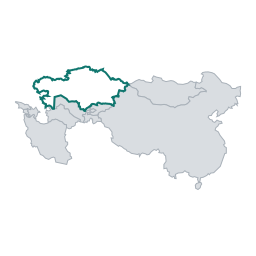 Kazakhstan highlighted among its neighbors
{"feature_id": "KAZ", "entity_name": "Kazakhstan", "entity_type": "country or territory", "adm_level": 0, "iso_a3": "KAZ", "parent_name": "Asia", "parent_adm1": "", "projection": "equal_earth", "projection_center": [65.802, 47.999], "detail": "fine", "context": "with_neighbors", "style": "outline", "palette": "teal", "viewbox_px": 256, "rotation_deg": 0, "n_neighbors": 10, "source": "natural_earth", "source_scale": "50m", "svg_char_len": 12399}
<svg xmlns="http://www.w3.org/2000/svg" viewBox="0 0 256 256"><path d="M54.0,108.8L54.5,97.0L60.8,95.2L66.8,98.9L69.1,101.7L76.1,101.0L79.0,103.3L78.8,106.6L80.0,106.6L80.5,109.2L83.7,109.3L84.4,110.9L85.3,110.8L86.3,108.5L90.9,105.7L91.7,106.0L89.7,108.1L91.5,109.3L93.2,108.5L96.2,110.2L93.1,112.5L90.2,112.3L89.8,111.4L90.3,109.9L87.0,110.7L85.1,114.6L83.0,114.4L82.4,115.8L84.2,116.6L84.8,119.1L83.4,122.5L80.1,121.7L80.2,119.7L74.2,116.7L69.7,112.9L68.6,109.5L67.8,108.9L65.1,109.1L64.2,108.4L64.0,105.8L60.7,104.1L58.6,106.0L56.4,107.1L56.8,108.7L54.0,108.8Z" fill="#d9dde1" stroke="#a8b0b8" stroke-width="1"/><path d="M129.4,83.9L131.8,83.4L135.8,80.9L139.1,79.5L141.3,80.4L143.7,80.4L145.5,81.8L151.3,82.7L153.2,80.6L151.9,78.9L153.6,75.9L156.4,77.1L161.4,78.2L162.4,80.3L166.0,81.6L170.9,80.6L173.3,81.0L175.9,82.5L177.7,84.0L183.0,84.4L187.8,83.2L190.6,81.1L192.1,81.4L193.6,82.4L196.3,82.2L195.1,87.4L196.1,88.6L197.3,88.3L199.8,88.7L201.2,87.6L203.4,88.6L206.3,90.7L206.3,91.8L204.4,91.4L201.0,91.9L199.6,92.7L198.5,94.8L195.1,96.0L193.2,97.6L189.1,96.7L188.4,98.7L190.1,101.0L187.3,103.8L184.7,104.9L181.0,105.0L177.3,106.1L174.8,107.8L173.5,106.8L170.5,106.8L166.5,104.9L164.0,104.4L160.9,104.9L153.0,104.2L151.3,102.3L149.7,99.4L148.1,99.1L144.9,97.1L138.7,96.1L137.6,94.8L138.0,91.2L136.0,88.7L132.5,87.6L130.3,86.0L129.4,83.9Z" fill="#d9dde1" stroke="#a8b0b8" stroke-width="1"/><path d="M83.4,122.5L84.8,119.1L84.2,116.6L82.4,115.8L83.0,114.4L85.1,114.6L87.0,110.7L90.3,109.9L89.8,111.4L90.2,112.3L91.2,112.2L90.3,113.2L87.6,112.7L87.4,114.6L90.1,114.3L93.2,115.4L97.9,114.9L98.7,117.9L99.5,117.6L101.1,118.4L101.5,121.6L97.1,121.3L95.6,122.8L93.6,123.8L92.6,122.7L92.7,119.9L92.0,119.8L92.2,118.8L90.9,118.0L89.8,119.2L89.2,121.0L87.7,120.9L86.9,122.5L86.0,121.8L84.2,122.9L83.4,122.5Z" fill="#d9dde1" stroke="#a8b0b8" stroke-width="1"/><path d="M90.9,105.7L91.4,104.3L93.0,103.8L97.1,104.9L97.4,103.1L98.8,102.4L102.3,103.7L103.2,103.4L110.9,103.8L112.2,104.9L113.7,105.4L113.4,106.1L109.7,107.9L108.9,109.2L105.7,109.6L104.9,111.6L102.3,111.2L100.6,111.8L98.3,113.4L98.6,114.1L97.9,114.9L93.2,115.4L90.1,114.3L87.4,114.6L87.6,112.7L90.3,113.2L91.2,112.2L93.1,112.5L96.2,110.2L93.2,108.5L91.5,109.3L89.7,108.1L91.7,106.0L90.9,105.7Z" fill="#d9dde1" stroke="#a8b0b8" stroke-width="1"/><path d="M45.5,107.2L46.7,106.2L49.5,105.5L51.1,106.4L52.7,108.9L56.8,108.7L56.4,107.1L58.6,106.0L60.7,104.1L64.0,105.8L64.2,108.4L65.1,109.1L67.8,108.9L68.6,109.5L69.7,112.9L74.2,116.7L80.2,119.7L80.1,121.7L78.1,120.8L77.7,121.9L75.6,122.6L75.1,125.3L73.6,126.3L71.6,126.8L71.1,128.3L69.1,128.8L66.5,127.5L66.4,124.7L64.5,124.5L61.7,121.6L59.7,121.2L56.9,119.5L55.2,119.2L54.0,119.8L52.3,119.7L50.5,121.6L48.2,122.3L47.8,119.9L48.4,116.5L46.5,115.4L47.3,113.1L45.6,112.9L46.4,110.2L48.7,111.0L50.9,109.9L49.2,108.0L48.6,106.1L46.6,107.0L46.2,109.3L45.5,107.2Z" fill="#d9dde1" stroke="#a8b0b8" stroke-width="1"/><path d="M33.0,147.2L31.6,145.4L31.7,143.5L30.9,143.5L31.5,141.0L30.3,138.4L27.3,136.5L25.7,133.2L26.5,130.6L27.9,129.4L27.9,127.4L26.3,126.4L23.9,119.7L24.5,118.7L24.1,114.9L25.9,114.0L26.2,115.2L27.3,116.7L29.0,117.2L29.9,117.1L33.0,114.6L34.0,114.4L34.6,115.4L33.7,117.0L35.1,118.7L35.7,118.6L36.3,121.0L38.7,121.7L40.3,123.4L43.9,124.0L47.9,123.1L48.2,122.3L50.5,121.6L52.3,119.7L54.0,119.8L55.2,119.2L56.9,119.5L59.7,121.2L61.7,121.6L64.5,124.5L66.4,124.7L66.5,127.5L64.7,134.2L65.8,134.7L64.6,136.6L65.6,141.6L67.6,142.2L67.7,144.4L65.3,147.6L67.6,151.5L70.1,153.1L70.2,156.2L71.4,156.8L71.7,158.4L67.8,160.3L66.7,164.4L55.8,162.1L54.8,157.7L53.5,157.1L51.4,157.7L48.7,159.4L45.5,158.2L42.9,155.5L40.4,154.5L37.1,146.5L35.6,147.0L34.0,145.9L33.0,147.2Z" fill="#d9dde1" stroke="#a8b0b8" stroke-width="1"/><path d="M29.9,117.1L29.0,117.2L28.2,114.8L27.1,114.8L26.4,113.9L23.2,112.2L23.6,110.6L23.3,109.5L26.8,109.0L28.1,110.4L27.6,111.2L28.8,112.3L28.0,113.4L30.0,114.8L29.9,117.1Z" fill="#d9dde1" stroke="#a8b0b8" stroke-width="1"/><path d="M198.0,189.5L195.7,188.3L195.3,185.2L196.5,183.5L199.4,182.5L201.0,182.6L201.7,184.0L200.7,185.6L200.2,187.7L198.0,189.5ZM113.7,105.4L113.4,103.6L115.0,102.8L112.4,97.3L118.2,95.4L119.4,89.8L124.2,90.9L125.4,89.5L125.1,86.4L127.0,86.2L128.5,84.2L129.4,83.9L130.3,86.0L132.5,87.6L136.0,88.7L138.0,91.2L137.6,94.8L138.7,96.1L144.9,97.1L148.1,99.1L149.7,99.4L151.3,102.3L153.0,104.2L160.9,104.9L164.0,104.4L166.5,104.9L170.5,106.8L173.5,106.8L174.8,107.8L177.3,106.1L181.0,105.0L184.7,104.9L187.3,103.8L190.1,101.0L188.4,98.7L189.1,96.7L193.2,97.6L195.1,96.0L198.5,94.8L199.6,92.7L201.0,91.9L204.4,91.4L206.3,91.8L206.3,90.7L203.4,88.6L201.2,87.6L199.8,88.7L197.3,88.3L196.1,88.6L195.1,87.4L196.3,82.2L199.4,83.3L202.1,81.4L201.6,80.1L202.6,77.0L203.5,76.1L202.9,74.5L201.4,73.9L202.7,72.5L205.3,72.0L208.3,71.9L212.0,72.7L214.4,73.8L219.9,79.7L221.9,82.6L226.3,83.5L229.9,85.6L232.0,88.5L235.6,88.5L237.1,87.3L240.6,86.4L240.5,89.1L240.1,90.2L240.6,93.6L240.1,96.6L237.0,96.0L235.3,97.1L236.9,99.8L237.9,103.6L236.7,103.7L237.2,105.3L235.0,103.4L234.6,105.2L231.3,106.6L232.2,108.3L230.0,108.1L228.6,107.1L227.6,109.4L225.3,111.2L223.9,113.3L220.7,114.2L219.2,115.7L216.8,116.6L217.7,115.1L216.9,113.8L218.2,111.6L216.5,109.9L212.4,113.4L211.4,115.5L209.0,115.6L208.1,117.2L209.9,119.4L212.1,120.0L212.6,121.5L214.8,122.4L217.0,120.1L219.6,121.4L221.3,121.4L222.1,123.2L218.7,124.1L218.0,125.9L215.9,127.6L215.1,130.0L218.3,131.9L220.0,135.3L224.5,141.1L225.0,143.7L223.6,144.6L224.5,146.5L226.3,147.6L226.3,153.2L224.8,153.5L220.3,166.3L213.7,172.7L210.7,173.1L209.3,174.7L208.2,173.6L206.9,175.4L203.3,177.2L200.5,177.8L199.9,181.6L198.4,181.8L197.5,179.2L198.0,177.8L194.2,176.6L193.0,177.2L190.1,176.2L188.7,174.8L188.9,172.7L186.4,172.0L184.9,170.7L182.8,172.6L178.1,173.0L175.4,174.4L176.1,178.6L174.7,178.5L174.1,176.1L172.2,177.2L168.9,175.1L169.4,172.1L167.7,171.4L166.7,168.1L163.9,168.7L163.9,164.4L166.1,161.4L165.6,155.8L164.4,154.9L163.3,152.8L161.7,153.1L158.8,152.6L159.6,151.1L158.1,148.9L156.4,150.4L154.1,149.5L151.3,151.7L149.1,154.4L147.0,154.8L145.7,153.9L142.4,153.0L141.0,153.9L139.5,156.5L139.0,153.7L137.5,154.5L131.3,153.3L129.1,151.7L127.0,151.0L126.0,149.4L124.5,148.9L121.7,146.6L119.5,145.5L118.5,146.3L112.0,141.7L111.1,137.9L113.0,138.3L113.0,136.6L111.9,134.8L112.0,132.0L109.0,128.0L104.8,126.7L103.9,124.1L102.0,122.5L101.5,121.6L101.1,118.4L99.5,117.6L98.7,117.9L97.9,114.9L98.6,114.1L98.3,113.4L100.6,111.8L102.3,111.2L104.9,111.6L105.7,109.6L108.9,109.2L109.7,107.9L113.4,106.1L113.7,105.4Z" fill="#d9dde1" stroke="#a8b0b8" stroke-width="1"/><path d="M29.9,107.4L31.2,107.1L32.7,109.1L33.8,109.3L35.9,107.2L38.1,111.2L39.3,111.3L40.0,112.2L37.9,112.5L36.8,116.1L35.8,116.9L35.7,118.6L35.1,118.7L33.7,117.0L34.6,115.4L34.0,114.4L33.0,114.6L29.9,117.1L30.0,114.8L28.0,113.4L28.8,112.3L27.6,111.2L28.1,110.4L26.8,109.0L27.5,108.4L30.5,109.6L30.9,109.2L29.9,107.4ZM29.0,117.2L27.3,116.7L26.2,115.2L25.9,114.0L26.4,113.9L27.1,114.8L28.2,114.8L29.0,117.2Z" fill="#d9dde1" stroke="#a8b0b8" stroke-width="1"/><path d="M15.4,102.0L15.7,101.6L21.2,102.6L24.4,104.2L24.7,104.8L26.3,104.3L28.5,104.9L29.1,106.2L30.6,107.0L29.9,107.4L30.9,109.2L30.5,109.6L29.2,109.4L27.5,108.4L26.8,109.0L23.3,109.5L21.1,107.9L18.5,108.0L19.0,106.7L18.7,104.5L17.4,103.3L16.1,102.9L15.4,102.0Z" fill="#d9dde1" stroke="#a8b0b8" stroke-width="1"/><path d="M90.9,105.7L90.3,106.0L90.0,106.4L89.6,106.3L88.8,107.1L87.8,107.6L87.1,108.0L86.5,108.4L86.3,108.6L86.3,108.9L86.1,109.1L85.5,109.6L85.2,110.2L85.1,110.5L85.2,110.9L85.1,111.0L84.8,111.0L84.1,110.7L83.8,110.4L84.0,109.7L83.5,109.1L83.2,109.2L80.8,109.3L80.5,109.2L80.2,108.2L80.0,106.6L78.8,106.5L78.8,105.5L79.0,103.4L78.3,103.7L77.5,102.4L77.0,102.0L76.1,101.1L75.0,101.6L72.0,101.3L69.0,101.8L67.0,99.6L66.8,99.1L66.7,98.9L60.9,95.3L54.6,97.0L54.0,108.7L52.9,108.9L52.7,108.8L52.2,108.3L51.4,106.7L49.6,105.5L48.6,105.6L47.0,106.1L46.5,106.3L45.5,107.2L45.5,106.2L46.0,105.2L46.0,104.8L46.0,104.1L45.7,103.9L45.2,104.0L45.0,103.8L44.3,103.8L43.9,103.0L43.7,102.8L42.9,102.8L43.0,101.8L42.5,101.0L42.0,99.6L41.7,99.3L40.9,99.1L40.7,99.1L40.7,98.7L40.8,98.3L41.1,98.2L42.2,98.2L42.9,98.6L43.4,98.5L43.8,98.5L43.6,98.3L43.3,98.2L42.7,97.6L42.6,97.3L42.7,97.1L43.3,96.7L43.4,96.3L43.7,95.9L44.0,96.0L44.5,95.8L46.2,95.8L47.3,96.0L48.0,96.0L47.2,95.5L47.0,95.3L47.4,94.6L47.8,94.0L48.0,93.3L48.0,92.7L47.9,92.5L48.0,92.2L48.2,91.9L48.0,91.3L47.7,91.0L46.7,90.9L46.3,91.2L45.8,91.4L45.5,91.2L44.9,91.1L44.6,90.8L43.6,90.5L43.0,90.7L42.1,91.2L41.8,91.2L40.4,92.1L39.1,92.3L39.1,92.7L38.9,92.6L38.7,92.7L38.8,92.9L37.4,92.2L37.1,91.9L37.2,91.7L37.4,91.6L38.1,91.8L38.2,91.7L38.3,91.5L37.5,89.9L36.7,88.7L35.1,88.4L34.6,88.6L34.4,88.4L34.2,88.0L34.3,87.4L34.2,87.1L33.4,86.6L33.3,86.1L33.6,85.4L34.0,84.9L34.3,84.7L34.5,84.4L34.5,84.2L34.0,83.7L34.1,83.3L34.3,82.7L34.6,82.3L35.3,81.8L35.4,81.7L35.5,81.2L36.0,80.7L36.5,80.7L37.8,82.3L38.0,82.4L38.8,82.1L39.0,81.8L38.7,80.0L39.1,80.1L40.4,79.3L40.6,78.8L40.8,78.7L41.6,78.5L42.8,78.0L44.0,76.8L44.8,77.0L45.0,77.2L45.1,77.5L45.8,77.5L46.8,77.0L47.2,76.9L47.5,76.9L47.8,77.4L48.0,77.5L49.7,77.5L50.2,77.8L50.5,78.2L51.1,78.4L51.5,78.8L52.1,79.6L52.1,80.1L52.3,80.3L52.5,80.1L52.6,79.9L52.5,79.3L52.4,79.1L52.6,78.9L53.1,79.1L54.2,79.9L54.9,80.1L55.8,79.7L56.1,79.4L56.9,78.9L57.2,79.0L58.1,78.7L58.5,78.8L59.0,79.2L59.5,79.1L60.0,78.6L61.2,78.7L61.6,79.0L62.3,79.8L63.6,80.0L63.8,80.1L63.7,80.3L63.8,80.4L64.5,80.1L64.8,79.5L65.1,79.3L65.6,79.8L65.9,79.8L66.4,79.9L67.1,79.8L67.7,79.6L68.1,79.3L68.6,78.2L68.1,77.6L67.3,77.5L67.2,77.4L66.1,77.0L65.9,76.7L65.2,76.3L65.1,76.2L66.0,75.7L66.6,75.6L67.4,75.1L66.9,74.1L67.0,73.9L67.5,73.2L68.3,73.2L69.6,73.3L69.9,73.2L69.7,72.9L68.9,72.5L67.9,72.4L67.8,72.2L68.0,71.9L68.4,71.9L68.7,71.7L68.0,71.6L67.4,71.4L67.8,71.0L67.8,70.5L68.0,70.3L68.3,70.2L69.6,70.5L69.9,70.4L70.9,70.3L71.2,70.2L72.2,70.1L72.4,69.9L73.9,69.7L74.7,69.4L75.3,69.3L75.7,69.4L76.3,69.3L76.7,69.4L76.8,69.3L77.0,68.9L77.6,68.6L78.1,68.6L78.5,68.4L78.6,68.5L79.2,68.5L82.5,67.9L82.8,67.7L83.5,67.7L83.7,67.4L83.6,67.1L84.3,67.0L84.7,66.7L85.3,66.5L86.4,66.6L88.0,67.1L88.4,67.0L88.6,66.8L89.2,66.8L89.6,67.2L90.3,68.7L90.2,69.3L90.0,69.6L90.1,69.8L90.7,69.9L91.9,69.7L92.1,69.8L92.3,69.7L92.5,69.5L93.0,70.0L93.1,70.5L93.5,70.4L93.4,70.1L93.5,70.0L94.2,70.1L94.7,70.4L94.9,70.5L95.3,70.5L95.8,70.2L96.0,70.2L95.9,70.6L95.3,70.9L95.1,71.2L95.1,71.5L95.3,71.9L95.9,71.5L96.4,71.4L97.2,71.5L97.5,71.8L97.6,71.7L97.7,71.3L98.5,70.8L99.0,70.8L99.4,70.7L99.7,70.4L99.8,70.2L100.4,70.0L101.6,69.5L102.2,69.4L102.9,69.1L102.8,69.5L102.5,70.0L102.0,69.9L102.2,70.3L102.4,70.5L105.1,72.1L105.5,72.4L107.0,74.2L109.6,77.5L110.9,79.6L111.1,79.6L111.1,79.4L111.4,79.2L111.9,79.1L111.9,78.9L111.8,78.5L111.9,78.4L112.5,78.1L112.8,78.1L113.1,78.4L113.4,78.4L113.5,78.5L113.4,79.0L114.1,79.0L114.3,79.4L114.3,79.6L115.4,79.6L115.8,79.8L116.7,79.7L117.0,79.6L117.3,79.2L117.9,79.2L118.2,78.9L118.6,78.9L119.5,79.2L120.0,79.6L120.2,79.9L120.7,80.3L120.9,81.0L121.1,81.1L121.8,81.2L122.4,81.6L122.7,81.7L122.7,82.0L122.8,82.2L123.4,83.0L125.1,83.2L125.2,83.3L125.7,83.3L126.6,82.5L126.9,82.6L126.7,83.0L126.9,83.1L127.2,83.4L127.7,84.0L128.3,84.2L128.5,84.6L127.9,84.5L127.3,84.7L127.2,85.0L127.3,85.2L127.2,85.7L126.9,86.2L126.3,86.4L125.1,86.7L124.9,87.2L124.7,88.1L125.0,89.3L125.3,89.8L125.3,90.1L124.9,90.7L124.4,90.7L123.9,91.1L123.4,91.4L123.0,90.9L122.3,90.9L121.5,90.9L120.8,90.8L119.2,90.2L119.1,90.3L119.0,91.0L118.3,93.4L117.9,95.2L117.9,95.4L118.6,95.7L118.7,96.1L118.5,96.6L117.9,96.4L117.1,96.5L116.7,96.3L116.6,96.1L116.4,95.9L114.5,96.6L114.0,96.6L112.6,97.0L112.2,97.4L112.5,97.7L113.1,97.6L113.7,97.9L113.5,98.1L113.4,98.4L113.5,99.9L113.9,100.5L114.4,101.5L114.6,102.0L114.5,102.4L114.7,102.5L114.8,102.8L114.7,103.0L114.4,102.9L113.9,103.2L113.9,103.4L114.3,103.6L113.6,104.0L113.4,104.5L113.8,105.8L113.6,105.9L112.9,105.2L111.7,105.0L111.1,104.4L111.0,104.1L110.9,104.1L110.3,104.1L109.4,103.8L108.1,103.8L107.6,103.7L106.2,103.6L105.6,103.4L104.4,103.6L102.8,103.5L102.7,103.6L102.3,103.9L101.7,103.9L100.3,103.4L98.8,102.6L98.6,102.7L98.1,102.7L98.0,102.9L97.2,103.3L96.9,104.6L97.1,105.2L96.9,105.2L96.6,104.9L95.5,104.7L95.3,104.5L94.1,104.1L92.8,103.9L91.6,104.2L91.1,104.8L91.0,105.1L90.8,105.4L90.8,105.6L90.9,105.7ZM40.6,97.5L40.4,97.6L40.2,97.2L40.3,96.9L40.5,96.8L40.3,97.0L40.4,97.4L40.6,97.5ZM46.8,95.8L46.6,95.7L46.6,95.4L46.8,95.4L46.8,95.8Z" fill="none" stroke="#0f766e" stroke-width="2"/></svg>